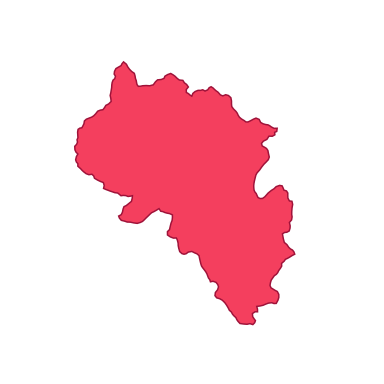 the district of Caldas, Minas Gerais, Brazil, rotated 72°
{"feature_id": "56859067B22702715825504", "entity_name": "Caldas", "entity_type": "district", "adm_level": 2, "iso_a3": "BRA", "parent_name": "Brazil", "parent_adm1": "Minas Gerais", "projection": "mercator", "projection_center": [-46.356, -21.898], "detail": "fine", "context": "isolated", "style": "filled", "palette": "rose", "viewbox_px": 384, "rotation_deg": 72, "n_neighbors": 0, "source": "geoboundaries", "source_scale": "gbopen_adm2", "svg_char_len": 4352}
<svg xmlns="http://www.w3.org/2000/svg" viewBox="0 0 384 384"><g transform="rotate(72 192 192)"><path d="M132.2,292.6L135.5,290.7L137.3,289.9L139.3,288.8L141.9,287.0L143.7,284.7L144.2,281.7L146.4,280.5L148.8,280.5L151.4,278.2L153.7,275.8L155.6,273.4L158.7,273.5L161.3,275.0L163.0,273.1L164.4,271.3L165.8,269.6L167.2,267.7L168.8,265.6L170.0,263.0L171.8,261.8L173.6,260.7L174.0,258.4L175.0,256.0L176.5,254.2L176.9,252.0L177.1,249.8L179.5,250.8L182.2,252.5L183.6,256.1L184.6,258.8L184.9,261.2L186.9,262.8L189.7,264.4L191.7,266.3L192.2,269.2L194.4,269.1L197.1,268.0L198.9,265.1L200.5,263.0L201.6,260.0L203.4,256.9L204.9,253.8L205.0,250.6L204.7,248.2L203.7,246.0L202.5,243.7L201.3,241.2L200.1,238.8L199.2,236.8L198.9,234.3L198.3,231.4L197.6,228.5L200.6,227.7L201.7,225.7L203.1,224.2L204.3,222.4L205.6,220.0L207.7,217.7L210.2,218.5L212.9,219.7L215.2,221.6L217.6,223.1L220.8,225.0L222.1,227.6L225.3,228.6L228.0,226.5L230.1,223.9L230.9,221.1L232.9,220.8L236.3,221.0L238.8,221.7L241.4,222.0L244.9,222.1L247.5,220.6L248.7,218.8L248.9,216.7L248.0,214.1L248.5,210.5L250.8,208.2L252.2,206.5L254.6,205.0L258.2,205.4L263.0,205.8L265.3,205.8L267.2,205.3L269.1,204.6L272.0,203.6L274.5,203.1L276.8,203.0L278.9,202.9L280.8,202.2L283.1,202.2L283.4,199.6L285.3,197.1L288.0,196.1L290.4,196.1L292.9,197.9L294.8,200.8L297.7,202.2L300.3,201.2L302.1,198.6L304.3,196.6L307.4,195.0L310.2,194.1L313.3,193.4L316.1,193.0L318.2,191.7L320.8,191.2L322.7,190.4L325.0,189.1L327.3,188.8L329.3,188.2L331.9,187.0L333.5,183.7L334.8,180.5L335.1,177.6L336.9,175.1L335.7,172.8L333.9,171.4L331.9,172.1L329.3,172.8L326.3,172.1L325.4,169.1L326.2,166.7L323.6,165.9L320.8,165.8L321.4,162.6L321.7,159.4L321.4,156.4L321.3,153.6L322.0,150.3L323.4,148.5L324.0,146.3L321.5,143.7L319.1,142.0L316.2,141.1L313.0,141.6L311.2,143.4L309.5,144.8L307.5,146.5L304.9,146.7L302.5,145.4L300.3,143.9L298.4,141.4L297.0,139.5L296.4,137.3L295.2,135.4L293.6,133.9L291.8,131.4L290.2,129.6L287.6,128.9L286.2,125.6L284.9,124.0L284.6,121.6L284.1,119.2L283.4,116.5L282.9,113.5L280.3,113.6L278.2,114.4L276.5,116.0L274.5,117.1L271.3,118.0L268.5,119.8L264.9,119.6L261.7,119.2L259.7,118.9L259.1,116.4L259.6,114.3L259.1,111.6L256.6,109.9L254.5,109.1L251.1,108.8L249.3,105.9L246.6,104.5L244.1,104.1L241.5,103.2L238.1,101.8L234.9,100.1L231.7,99.8L230.6,102.1L227.4,102.7L224.6,101.9L222.6,101.2L220.2,101.8L218.6,104.0L216.4,104.1L214.0,104.4L212.8,106.6L212.9,110.3L214.3,113.1L215.0,116.0L216.5,119.9L218.0,122.4L219.1,124.3L219.9,126.9L219.2,129.3L217.7,130.9L215.5,131.2L213.3,131.4L211.3,132.2L209.4,132.4L207.4,132.0L205.2,131.4L203.1,130.5L200.9,129.3L198.3,127.7L195.6,126.0L193.9,124.2L191.9,120.8L189.5,117.6L187.8,115.0L186.4,112.2L184.8,109.4L182.6,107.7L179.1,107.4L176.0,107.0L173.6,107.7L171.9,109.1L169.9,111.0L167.3,110.9L165.7,108.4L165.1,104.5L162.7,101.6L163.8,98.3L163.2,95.5L160.8,95.0L160.6,92.7L157.7,91.3L156.8,94.3L154.7,96.4L153.0,97.6L151.6,99.0L150.6,101.1L149.2,103.2L147.1,105.2L143.7,105.7L141.5,108.3L141.7,111.0L142.3,114.2L142.7,117.1L142.0,119.1L140.2,120.3L137.8,122.4L135.5,123.8L133.2,124.4L131.1,124.6L128.9,125.3L125.8,126.9L123.0,127.8L120.4,127.2L117.6,126.3L114.3,125.9L111.5,127.5L109.9,129.9L110.1,133.0L108.4,135.0L105.1,136.4L103.1,137.9L101.4,138.9L99.6,139.8L97.8,141.3L98.1,143.4L99.7,145.5L100.0,148.4L98.1,150.2L98.0,152.5L97.2,154.8L97.4,158.0L98.5,160.7L100.8,162.6L99.2,163.9L97.3,165.0L95.6,166.6L92.8,165.8L91.0,163.0L88.0,163.9L85.8,165.5L83.0,166.2L81.6,169.4L79.5,170.9L76.6,172.4L74.7,173.8L72.7,175.6L72.8,179.0L73.5,182.0L75.3,183.5L75.5,186.5L74.7,190.1L75.9,192.7L78.1,195.7L77.9,199.4L76.6,202.7L75.7,206.1L75.5,208.2L74.9,210.4L72.8,211.1L70.8,210.9L68.8,210.6L66.6,210.7L64.0,210.3L61.3,210.2L58.8,212.1L56.0,213.5L53.3,214.4L50.2,214.9L47.1,216.9L48.4,219.0L49.9,220.4L50.5,223.4L51.1,226.2L53.3,228.4L55.8,229.6L58.2,229.0L60.4,230.5L61.2,232.5L63.2,234.1L65.4,235.2L68.0,236.2L70.1,237.3L72.6,238.6L74.9,240.0L77.9,240.3L80.9,240.9L82.5,244.1L83.0,247.2L84.7,249.1L86.2,251.3L85.8,253.9L86.0,256.7L87.9,259.5L89.2,262.0L89.8,264.4L89.9,266.7L90.1,270.0L91.2,272.4L93.6,273.6L95.2,275.1L96.9,276.9L96.6,278.9L97.2,281.0L99.7,282.3L102.0,282.9L105.1,283.7L106.8,285.2L109.2,285.5L111.0,287.0L112.3,289.4L115.7,290.3L118.3,290.0L120.6,288.8L122.6,291.0L125.4,292.7L127.7,292.7L129.8,291.8L132.2,292.6Z" fill="#f43f5e" stroke="#9f1239" stroke-width="1.5"/></g></svg>